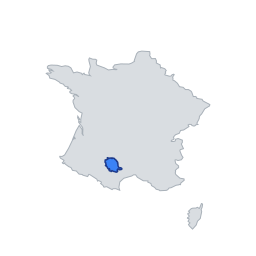 where Tarn sits in France, rotated 16°
{"feature_id": "FRA-5346", "entity_name": "Tarn", "entity_type": "Metropolitan department", "adm_level": 1, "iso_a3": "FRA", "parent_name": "France", "parent_adm1": "", "projection": "robinson", "projection_center": [2.231, 43.789], "detail": "fine", "context": "in_parent", "style": "filled", "palette": "blue", "viewbox_px": 256, "rotation_deg": 16, "n_neighbors": 0, "source": "natural_earth", "source_scale": "10m", "svg_char_len": 5214}
<svg xmlns="http://www.w3.org/2000/svg" viewBox="0 0 256 256"><g transform="rotate(16 128 128)"><path d="M194.1,105.4L192.5,106.1L191.6,107.6L190.6,108.0L188.8,108.0L187.9,107.1L185.7,107.7L184.9,108.6L186.2,109.8L182.0,114.6L179.2,115.9L178.7,119.0L175.5,121.4L174.3,123.9L174.2,124.4L175.1,125.2L174.7,126.8L173.1,127.9L173.2,128.9L173.6,129.0L176.1,128.2L177.1,127.2L176.5,125.9L179.1,124.3L183.6,124.7L184.2,126.9L183.7,128.7L187.0,132.6L184.2,134.4L184.1,135.6L187.1,139.5L189.0,141.1L188.1,143.8L185.0,145.5L183.0,145.3L182.1,145.7L182.3,146.6L183.7,149.0L187.1,150.5L187.6,152.3L186.7,153.0L185.2,155.7L185.9,157.1L185.7,157.7L186.0,158.6L186.9,159.6L191.7,161.9L195.9,161.5L196.4,162.8L193.9,166.4L194.1,168.0L192.8,168.1L192.6,168.6L190.0,169.8L185.9,173.5L183.9,174.5L183.2,176.4L182.0,177.4L176.0,179.5L174.8,179.0L171.9,179.1L170.0,177.8L166.5,176.9L165.3,175.0L162.0,174.6L161.8,173.4L157.2,174.5L150.6,172.8L148.3,170.9L146.4,171.4L144.8,173.1L137.8,177.5L135.0,182.1L135.6,187.5L137.2,190.1L132.9,189.7L130.4,190.5L129.7,191.6L123.6,190.3L121.4,191.4L120.8,191.3L120.0,190.2L117.0,188.9L117.5,188.0L117.1,187.2L114.3,186.6L113.3,187.4L112.2,185.8L104.4,183.4L103.1,183.4L102.6,185.8L97.6,185.8L96.9,185.3L93.6,185.8L90.2,183.6L86.3,184.0L84.0,181.7L81.7,181.5L78.5,180.3L77.0,179.7L76.8,179.0L75.9,180.1L74.7,179.8L74.4,179.5L75.2,178.2L75.4,176.7L71.4,175.6L70.3,174.5L70.3,174.0L72.5,173.5L74.5,171.4L76.5,163.8L78.0,154.9L79.0,153.2L80.2,152.8L79.2,151.6L78.0,153.2L78.9,145.0L80.4,139.0L83.7,141.5L84.5,142.5L85.4,146.1L87.3,147.7L86.1,146.2L84.9,141.4L84.2,140.0L78.9,136.0L78.8,135.1L81.1,135.6L80.2,132.6L79.8,126.3L76.5,125.7L71.4,123.0L68.0,118.2L67.6,116.4L68.6,114.4L67.8,113.2L66.3,112.4L67.5,110.8L68.5,110.6L72.2,111.5L69.2,110.0L64.3,110.5L62.4,110.0L62.0,108.8L63.4,107.4L61.8,106.5L59.0,106.7L58.6,106.3L59.5,105.3L58.8,104.9L56.5,105.3L55.2,104.9L54.0,103.7L50.3,103.5L49.5,102.8L44.4,101.4L39.1,101.6L37.6,99.3L34.4,98.1L35.1,97.4L38.4,96.7L39.0,96.0L36.7,95.0L35.9,94.0L40.2,93.8L38.3,92.8L34.1,92.8L33.6,91.4L34.2,90.0L36.7,88.7L42.8,87.2L47.3,87.2L50.5,85.5L53.6,85.1L56.5,85.9L60.4,90.0L63.6,88.2L68.4,88.2L69.3,89.3L70.6,87.4L71.6,88.5L77.4,88.1L76.1,87.4L75.0,85.6L74.9,79.2L72.1,74.5L71.4,72.8L71.6,71.3L75.0,71.6L77.9,70.9L79.3,71.4L79.5,74.4L80.7,76.1L88.7,76.7L93.2,77.6L97.1,75.9L100.7,75.2L101.0,74.7L98.9,74.9L97.0,74.2L96.8,73.4L97.8,71.0L103.3,68.4L111.4,66.2L113.5,64.7L115.9,62.1L115.4,61.5L115.8,54.3L116.9,52.0L120.0,50.3L127.8,48.6L128.8,50.9L128.7,52.2L130.8,54.2L131.8,54.8L135.2,53.7L136.8,55.6L137.3,57.7L141.5,58.5L142.7,61.3L143.4,60.7L146.0,60.8L147.2,61.0L148.9,62.2L148.4,63.9L149.1,64.7L148.5,66.2L149.0,66.8L153.7,66.8L155.1,66.1L155.7,64.6L157.1,63.7L157.7,64.0L156.8,66.8L157.5,67.6L157.9,69.6L159.7,69.8L163.2,71.4L166.1,74.1L169.8,73.7L172.6,75.2L175.6,74.4L178.4,75.2L179.4,76.0L182.1,79.8L184.0,79.1L185.5,79.5L186.0,80.6L191.3,80.0L192.3,81.1L193.4,81.5L200.2,82.9L200.3,84.3L196.5,88.4L194.9,94.2L193.8,96.2L193.5,97.7L193.8,98.7L193.7,100.3L192.9,104.1L193.4,105.2L194.1,105.4ZM221.1,183.9L220.8,186.3L221.9,188.1L222.4,195.1L220.5,198.4L220.3,202.5L217.9,207.4L213.9,205.2L212.7,204.0L213.7,202.2L211.4,201.1L211.9,199.3L211.6,198.4L210.0,198.4L209.9,197.9L211.1,196.5L211.0,195.6L209.5,194.6L209.1,193.6L210.6,192.5L209.9,191.5L209.1,191.3L211.0,188.1L212.3,187.2L215.3,186.3L216.6,185.1L218.6,185.7L218.9,185.4L219.4,180.4L220.1,180.3L220.8,181.0L221.1,183.9ZM79.2,132.9L78.7,134.4L76.7,131.9L76.5,130.5L79.2,132.9Z" fill="#d9dde1" stroke="#a8b0b8" stroke-width="1"/><path d="M120.6,161.5L120.7,161.4L120.8,161.7L121.2,161.6L122.4,161.0L122.8,161.0L123.0,161.0L123.7,161.4L123.9,161.7L124.1,161.8L124.6,161.8L125.0,162.1L125.6,162.3L126.0,162.5L126.4,163.2L126.4,163.3L126.7,163.4L127.1,163.4L127.3,163.6L127.9,164.5L127.8,164.8L127.8,165.0L128.1,165.3L128.3,165.5L128.5,166.4L128.8,167.0L129.1,167.5L129.9,168.3L130.4,168.5L130.8,168.7L131.3,168.5L131.9,168.2L133.0,168.5L133.3,168.8L133.4,169.2L133.2,169.4L133.0,169.7L132.9,169.8L131.3,170.5L131.1,170.5L130.4,170.2L130.1,170.1L129.6,170.2L129.5,170.3L129.4,170.4L129.4,170.5L129.3,170.8L129.3,171.0L129.2,171.3L129.3,171.4L129.3,171.5L129.7,171.8L129.8,172.1L129.7,172.4L129.6,172.5L129.7,172.8L129.8,172.8L129.7,173.1L129.4,173.4L129.0,173.6L128.8,173.7L128.7,173.7L127.1,173.6L125.9,173.7L124.7,173.5L124.5,173.4L124.3,173.4L124.2,173.5L124.0,173.8L124.1,174.0L124.0,174.3L123.9,174.3L123.7,174.4L123.4,174.1L123.2,174.1L122.5,174.2L122.3,174.2L122.2,174.2L121.9,174.2L121.4,173.7L121.3,173.4L121.3,173.2L121.6,172.8L121.7,172.7L121.3,172.3L121.1,172.3L120.7,172.7L120.5,172.8L120.3,172.7L119.9,172.4L119.5,172.2L119.4,172.1L118.8,171.3L118.6,171.1L118.2,171.0L116.8,170.3L116.9,170.1L117.0,170.0L117.2,169.9L117.4,169.8L117.3,169.6L117.2,169.4L116.9,169.2L116.7,169.0L116.3,167.8L116.2,167.6L115.8,167.5L115.4,167.2L115.4,166.8L115.0,166.1L115.1,165.5L115.1,165.4L115.0,165.0L115.0,164.9L115.7,164.8L115.9,164.7L116.2,164.3L116.7,163.9L117.0,163.7L117.0,163.3L116.8,163.1L116.5,162.8L116.4,162.6L116.4,162.3L116.8,162.1L118.0,162.6L118.4,162.2L118.5,162.1L119.0,161.8L119.3,161.8L119.6,161.8L120.0,161.5L120.6,161.5Z" fill="#3b82f6" stroke="#1e3a8a" stroke-width="1.5"/></g></svg>